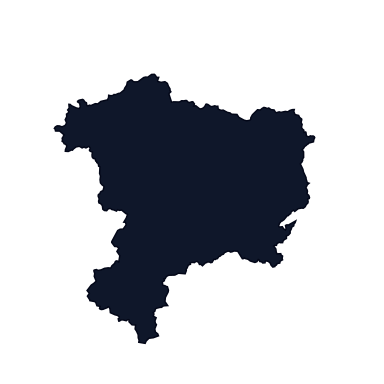 Binh Gia, Lạng Sơn, Vietnam (Natural Earth projection), rotated 70°
{"feature_id": "81297802B86040607446214", "entity_name": "Binh Gia", "entity_type": "district", "adm_level": 2, "iso_a3": "VNM", "parent_name": "Vietnam", "parent_adm1": "Lạng Sơn", "projection": "natural_earth1", "projection_center": [106.28, 22.064], "detail": "fine", "context": "isolated", "style": "filled", "palette": "ink", "viewbox_px": 384, "rotation_deg": 70, "n_neighbors": 0, "source": "geoboundaries", "source_scale": "gbopen_adm2", "svg_char_len": 6012}
<svg xmlns="http://www.w3.org/2000/svg" viewBox="0 0 384 384"><g transform="rotate(70 192 192)"><path d="M248.7,324.3L252.1,323.1L254.1,325.9L258.0,325.0L259.2,325.1L261.5,321.2L262.6,320.2L266.4,320.2L268.1,317.4L269.7,318.7L270.2,318.7L271.4,317.5L271.8,315.8L271.7,311.2L271.1,310.0L271.2,309.6L273.5,309.0L277.5,310.0L281.1,306.3L282.4,304.3L284.3,303.0L285.7,303.7L285.9,304.7L288.3,305.0L288.5,304.4L288.0,302.4L288.6,300.6L290.5,297.8L290.0,296.3L290.3,295.1L290.8,294.8L292.4,295.6L296.3,293.8L297.7,290.5L301.3,292.3L303.8,291.7L307.7,291.4L310.7,292.4L313.2,292.4L315.0,293.4L318.2,287.8L316.4,286.1L314.7,282.5L315.7,278.2L315.7,272.7L313.6,272.7L311.0,274.3L307.9,273.8L304.5,270.8L302.7,271.3L300.4,270.9L297.9,268.7L295.5,270.8L293.6,269.5L292.0,269.7L291.4,267.8L289.4,266.4L289.1,265.2L289.5,261.5L289.9,260.3L289.9,259.6L289.3,259.3L289.4,257.1L290.4,253.7L285.7,254.9L282.0,253.1L277.9,248.7L276.2,247.7L272.6,247.5L271.6,248.9L270.7,249.5L269.7,251.3L266.4,250.7L265.9,248.3L264.0,248.0L264.4,247.0L262.9,245.3L262.3,243.5L262.4,241.9L264.2,236.5L263.7,232.5L266.5,226.4L263.9,224.2L262.5,223.9L262.0,222.9L259.4,220.4L259.4,218.2L257.9,217.9L258.3,215.7L259.2,213.8L258.8,212.9L258.8,211.0L260.6,209.9L262.6,209.8L263.0,208.4L264.9,207.4L263.1,203.4L263.4,202.3L262.9,201.5L264.0,199.2L264.8,198.7L265.0,197.2L262.7,194.5L263.4,193.1L263.1,192.3L263.3,190.9L261.8,188.8L261.9,187.5L261.1,185.7L261.2,183.8L260.1,182.2L259.8,178.7L260.3,177.3L261.6,176.4L261.9,174.9L261.8,172.7L263.3,169.3L271.9,167.5L272.2,166.8L271.9,165.2L272.6,164.9L274.4,162.3L276.7,160.9L279.7,157.0L279.7,154.9L278.1,152.8L278.6,152.3L280.5,152.1L281.4,150.5L282.9,149.8L283.5,147.6L282.0,146.8L282.4,145.4L283.4,144.0L285.6,142.8L287.9,142.7L290.2,141.7L290.4,139.6L289.7,139.3L289.5,137.7L288.4,136.3L288.8,133.8L287.1,132.8L286.7,130.1L285.2,130.0L283.2,128.8L281.7,129.8L280.3,129.7L279.2,133.3L277.3,133.4L274.2,132.7L270.8,133.7L270.4,132.8L271.0,130.9L269.4,129.6L269.2,126.9L269.9,126.2L270.6,124.2L269.3,123.3L268.3,121.6L268.0,119.2L265.6,118.3L265.5,116.1L264.2,113.8L262.4,113.2L260.5,111.1L259.3,110.6L258.6,108.0L256.8,107.0L256.2,105.7L254.6,104.4L256.0,112.8L255.3,114.0L255.4,115.6L258.4,116.0L259.7,117.2L257.9,118.5L255.5,119.0L254.9,121.7L254.1,122.2L253.3,122.1L251.3,120.4L250.0,118.1L250.1,117.2L249.4,114.9L246.9,110.7L247.1,109.6L246.3,108.1L246.1,106.7L244.6,105.6L244.3,104.9L243.9,102.8L245.4,102.1L244.0,97.9L244.6,94.4L245.3,93.0L245.1,92.2L244.5,90.6L242.9,88.9L242.0,86.9L240.9,86.2L238.2,85.7L238.2,84.1L237.5,83.5L235.2,83.4L233.0,84.5L230.7,83.2L228.8,83.1L227.2,83.7L224.6,81.1L223.8,79.0L222.6,80.5L218.8,80.3L217.4,79.9L211.4,80.4L208.6,80.0L202.6,80.6L201.4,78.4L200.0,77.1L198.7,76.8L197.8,75.3L192.4,73.4L189.9,74.0L189.3,72.5L187.8,70.6L187.2,68.5L186.6,67.4L186.6,66.5L186.0,65.6L186.4,60.7L184.4,59.6L182.9,58.1L181.8,58.2L180.8,59.0L180.3,60.7L179.7,61.6L180.1,63.5L178.5,65.3L174.8,64.5L174.4,64.8L174.4,66.3L172.0,65.8L170.6,66.7L168.7,67.0L166.2,65.4L163.9,65.7L161.7,64.2L160.9,64.0L158.7,65.4L156.5,65.6L154.5,68.7L151.1,68.8L149.5,67.7L148.9,69.5L148.8,72.1L149.4,74.6L148.2,76.7L147.6,81.1L146.5,82.7L146.3,85.7L145.6,86.3L143.0,86.8L141.6,89.6L139.3,91.1L139.2,93.1L138.2,93.8L137.1,95.5L137.4,97.4L138.3,99.8L137.1,102.3L140.1,108.8L142.3,111.3L143.9,112.0L144.2,112.5L144.3,113.6L143.8,116.3L142.4,118.4L137.9,122.4L134.5,123.2L132.4,128.3L130.8,129.1L129.2,131.6L125.7,134.7L125.2,136.8L123.1,139.0L120.2,138.4L119.9,139.7L118.8,141.1L118.6,143.9L118.1,145.1L115.1,147.2L114.3,148.4L114.3,148.9L116.2,151.0L117.1,153.7L116.7,156.2L112.3,158.9L111.8,161.0L110.1,159.6L107.6,160.3L107.2,161.0L107.0,164.0L106.1,165.0L104.3,165.7L103.9,166.4L103.5,168.7L102.7,170.5L103.1,173.1L101.0,178.4L100.7,180.5L92.3,180.2L91.4,179.7L90.6,177.6L88.9,177.9L87.7,177.4L84.4,178.0L81.5,178.0L79.1,179.7L78.4,183.5L76.4,186.4L75.3,186.1L72.9,184.1L72.1,186.1L69.7,186.5L68.5,187.2L67.7,189.8L69.0,194.4L68.1,196.3L67.9,198.3L69.9,205.1L68.9,208.3L68.0,209.5L66.3,210.3L65.8,211.0L66.6,215.2L69.3,216.8L71.4,219.7L72.9,220.9L74.6,225.8L74.2,227.5L74.4,230.5L73.7,232.0L74.2,232.6L73.9,235.1L72.6,237.2L74.7,238.1L76.5,239.9L75.7,246.7L77.0,250.4L75.9,252.7L76.2,257.3L75.3,258.8L75.5,260.1L75.2,260.9L74.6,261.2L72.0,260.7L70.7,261.9L68.5,262.4L67.6,263.1L67.1,266.7L67.6,268.5L68.2,268.7L70.2,267.2L73.9,267.9L75.0,269.4L73.6,271.8L69.7,275.7L68.0,276.6L67.5,277.7L71.1,278.7L72.4,280.8L74.5,280.2L75.3,281.2L75.9,283.3L78.3,283.9L80.7,286.4L83.9,286.2L85.3,287.4L86.1,288.7L86.3,291.9L84.6,293.9L83.7,296.1L84.1,298.2L85.2,299.6L86.0,299.1L88.0,299.4L89.5,295.5L94.7,292.6L95.5,293.9L96.5,294.6L97.0,295.6L98.5,295.8L100.0,296.7L100.9,295.9L103.0,295.6L103.8,294.5L105.4,293.9L106.6,294.3L108.9,296.4L110.4,297.1L111.6,294.4L111.3,290.8L111.8,290.0L111.0,288.7L110.0,285.5L110.4,282.9L110.8,281.9L113.0,280.2L112.8,277.7L113.9,277.2L114.3,276.5L113.9,273.5L114.1,273.1L116.1,272.6L117.5,274.0L118.1,274.1L118.9,273.7L120.5,271.9L122.8,273.2L124.9,273.8L126.7,273.3L127.6,271.7L129.9,271.9L131.1,271.1L131.8,271.4L132.5,270.7L134.1,270.5L135.8,270.9L136.9,269.9L143.0,272.5L145.7,272.5L149.0,274.2L152.1,274.9L154.5,274.1L156.1,273.0L157.1,272.9L160.3,275.2L160.4,277.2L160.8,278.1L162.1,279.2L162.3,280.6L162.7,281.1L163.8,281.6L166.8,281.6L168.6,282.9L170.4,283.2L171.7,281.8L173.5,281.1L174.7,281.0L177.7,281.7L179.4,280.7L180.4,278.6L179.1,276.3L179.5,274.6L179.8,274.1L181.1,273.3L181.9,271.9L184.1,269.5L183.2,267.9L184.4,266.6L184.9,264.3L189.7,261.5L191.0,260.2L193.9,262.6L197.0,266.4L197.7,264.9L199.9,265.0L200.7,265.6L203.3,269.4L202.4,272.4L202.8,275.0L211.1,284.3L212.0,284.7L216.7,283.3L217.7,281.1L219.8,280.0L222.2,282.9L227.1,281.6L232.8,284.8L232.7,285.2L231.5,285.6L231.0,286.2L230.9,287.2L231.3,288.0L232.6,289.1L233.9,292.4L235.7,294.4L234.6,296.7L233.8,300.3L234.1,304.0L233.5,307.2L232.2,308.3L231.9,310.6L232.5,311.2L235.4,311.3L237.8,312.7L243.0,312.5L244.3,315.6L245.0,318.5L248.7,324.3Z" fill="#0f172a" stroke="#020617" stroke-width="1.5"/></g></svg>